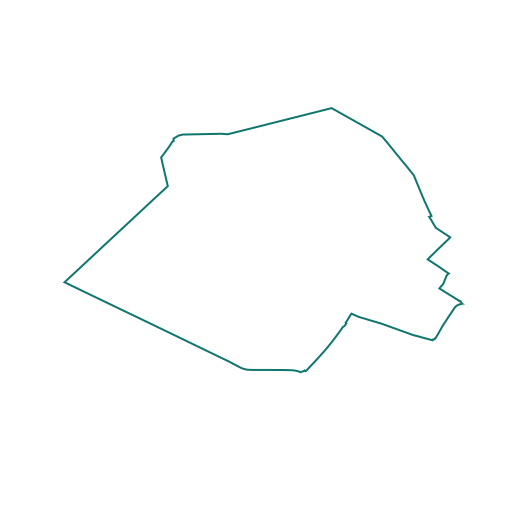 Lelystad, Flevoland, Netherlands (Robinson projection), rotated 340°
{"feature_id": "6326949B53575024953728", "entity_name": "Lelystad", "entity_type": "district", "adm_level": 2, "iso_a3": "NLD", "parent_name": "Netherlands", "parent_adm1": "Flevoland", "projection": "robinson", "projection_center": [5.465, 52.539], "detail": "fine", "context": "isolated", "style": "outline", "palette": "teal", "viewbox_px": 512, "rotation_deg": 340, "n_neighbors": 0, "source": "geoboundaries", "source_scale": "gbopen_adm2", "svg_char_len": 4940}
<svg xmlns="http://www.w3.org/2000/svg" viewBox="0 0 512 512"><g transform="rotate(340 256 256)"><path d="M263.3,381.2L264.2,380.8L265.1,380.4L266.1,379.9L267.1,379.4L268.3,378.8L269.3,378.3L269.8,378.0L270.3,377.8L271.2,377.3L272.1,376.9L273.0,376.4L273.8,376.0L274.7,375.6L275.6,375.1L276.5,374.7L277.3,374.2L278.2,373.8L280.0,372.9L280.8,372.4L281.7,371.9L282.6,371.5L283.4,371.0L284.3,370.6L285.1,370.1L286.0,369.6L286.9,369.2L287.7,368.7L288.6,368.2L289.4,367.7L289.8,367.5L290.2,367.3L291.1,366.8L291.9,366.3L292.8,365.8L293.6,365.3L293.8,365.2L294.8,364.6L295.8,364.0L296.6,363.5L297.4,363.0L298.2,362.5L299.0,362.1L299.4,361.8L299.7,361.6L300.2,361.2L301.2,360.6L301.8,360.2L302.5,359.8L303.8,358.9L304.9,358.2L306.1,357.4L306.9,356.9L307.8,356.2L308.6,355.8L309.8,354.9L310.1,354.7L311.4,353.8L313.4,352.4L315.3,352.0L317.8,350.2L317.5,349.3L319.7,347.7L322.8,345.2L323.4,344.7L324.5,343.9L325.2,343.4L325.9,342.8L326.0,342.8L327.0,343.8L328.2,345.0L330.7,347.4L331.3,348.0L331.7,348.3L332.0,348.5L332.5,348.9L332.8,349.2L334.2,350.2L338.0,353.0L341.8,355.9L345.7,358.7L349.5,361.6L351.1,362.8L351.8,363.3L352.7,364.1L355.1,366.1L357.6,368.2L360.1,370.3L362.3,372.1L363.5,373.1L365.7,375.0L368.3,377.1L370.8,379.2L374.6,382.4L374.8,382.6L375.0,382.8L375.3,383.0L375.7,383.3L376.0,383.5L376.4,383.8L376.7,384.1L378.5,385.3L378.4,385.3L379.1,385.8L380.8,386.9L384.3,389.4L387.4,391.6L387.5,391.6L393.1,395.6L393.8,395.0L394.1,395.2L394.3,395.3L394.6,395.3L394.7,395.2L395.7,394.9L395.8,394.8L396.2,395.0L396.3,394.9L396.9,394.3L397.0,394.3L401.6,390.6L402.1,390.1L402.6,389.7L403.1,389.2L403.8,388.7L407.2,385.7L407.5,385.5L407.8,385.2L408.2,385.0L408.5,384.7L408.8,384.5L409.2,384.2L410.5,383.2L410.8,383.0L412.9,381.5L415.2,379.7L415.4,379.6L415.4,379.4L415.5,379.3L416.0,379.1L417.5,378.0L419.9,376.3L421.4,375.2L422.3,374.5L422.6,374.3L423.0,374.0L424.0,373.3L424.6,372.8L425.2,372.4L425.4,372.3L425.7,372.1L425.9,372.0L426.2,371.9L426.4,371.8L426.7,371.7L426.9,371.6L427.2,371.5L427.5,371.4L428.0,371.3L428.3,371.2L428.6,371.2L428.9,371.2L429.2,371.1L429.5,371.1L429.8,371.1L430.1,371.1L430.4,371.1L430.8,371.1L431.1,371.1L431.4,371.2L432.1,371.2L432.4,371.3L432.5,371.2L433.0,371.3L432.9,371.2L433.0,370.5L433.1,370.3L433.1,370.1L433.1,369.9L433.0,369.7L432.9,369.4L432.8,369.2L432.7,369.1L432.6,368.9L432.1,368.3L432.0,368.2L432.3,368.1L431.9,367.6L431.6,367.6L431.1,367.0L426.0,360.4L422.1,355.5L421.6,354.9L421.0,354.1L420.6,353.5L420.4,353.3L420.1,352.9L417.6,349.7L417.4,349.5L417.2,349.2L419.2,348.0L420.2,347.5L420.5,347.4L420.8,347.2L421.0,347.1L421.3,346.9L421.5,346.8L421.7,346.7L422.1,346.3L422.3,346.2L422.5,346.0L422.7,345.9L422.9,345.7L423.1,345.5L423.3,345.3L423.5,345.1L423.6,344.9L423.9,344.7L425.7,342.6L426.7,341.5L427.0,341.2L427.3,340.8L427.5,340.6L427.8,340.3L428.0,340.1L428.3,339.8L428.5,339.7L429.0,339.3L429.3,339.1L429.7,338.9L430.2,338.7L430.7,338.4L431.1,338.3L430.9,338.0L430.6,337.8L430.5,337.6L430.4,337.5L429.2,335.7L428.3,334.5L427.5,333.4L426.6,332.0L426.2,331.5L425.9,331.0L425.8,330.9L425.6,330.6L425.4,330.3L423.0,327.0L421.5,325.0L421.3,324.8L419.7,322.6L418.9,321.5L417.9,320.2L416.2,317.9L418.6,316.7L421.3,315.5L424.1,314.3L426.8,313.0L432.2,310.6L434.9,309.4L436.3,308.8L437.7,308.2L440.4,307.0L443.1,305.8L444.8,305.0L444.9,304.9L439.7,297.9L434.6,291.0L434.6,290.9L432.3,278.7L432.2,278.5L434.6,278.4L433.8,270.2L433.1,261.6L432.7,254.0L432.4,247.0L431.9,234.5L431.7,233.5L430.8,230.9L428.4,223.9L425.3,215.2L424.5,212.9L424.5,212.7L423.4,209.7L422.4,206.8L421.8,205.2L421.3,203.5L418.5,195.5L415.4,186.9L377.6,142.9L272.7,132.1L270.9,131.9L269.1,131.0L265.3,129.3L228.6,116.8L224.4,116.4L218.6,117.5L218.5,117.9L218.4,118.4L218.1,119.3L218.0,119.6L217.8,120.0L216.8,119.8L210.6,124.4L205.4,127.8L202.2,129.9L200.6,130.9L199.5,139.5L199.2,141.9L197.0,160.2L179.1,167.7L156.0,177.5L127.7,189.5L113.7,195.4L110.3,196.9L67.1,215.2L88.6,237.3L124.3,273.8L148.0,298.1L188.5,339.8L194.7,346.1L197.6,349.4L201.1,353.2L202.8,355.1L203.1,355.4L203.4,355.7L203.7,356.0L204.1,356.4L204.4,356.7L204.8,357.0L205.1,357.3L205.5,357.6L205.8,357.8L206.2,358.1L206.7,358.4L207.0,358.7L207.4,358.9L207.8,359.2L208.2,359.4L208.7,359.7L209.1,359.9L209.5,360.1L210.0,360.3L210.4,360.5L210.9,360.7L211.3,360.9L211.8,361.1L212.3,361.3L212.5,361.4L213.7,361.8L213.9,361.9L214.6,362.2L226.4,366.5L231.9,368.5L234.3,369.4L236.7,370.3L239.0,371.1L239.7,371.4L240.2,371.6L240.9,371.9L241.4,372.0L243.7,372.9L246.1,373.8L248.4,374.8L249.4,375.1L249.9,375.3L250.3,375.5L250.8,375.7L251.2,375.9L251.5,376.0L252.0,376.2L252.4,376.5L252.9,376.7L253.3,376.9L253.7,377.2L254.1,377.4L254.5,377.6L255.0,377.9L255.3,378.2L255.7,378.4L256.1,378.7L256.5,379.0L256.8,379.3L257.2,379.6L257.5,379.9L257.9,380.2L258.1,380.4L258.3,380.3L258.6,380.2L259.2,380.3L259.7,380.4L260.7,380.5L260.9,380.5L261.1,380.5L261.4,380.5L261.7,380.4L262.0,380.3L262.4,380.1L263.3,381.2Z" fill="none" stroke="#0f766e" stroke-width="2"/></g></svg>